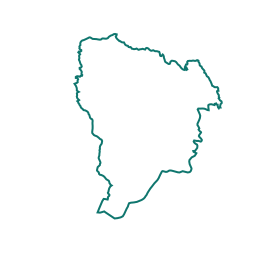 Aiuaba, Ceará, Brazil (Equal Earth projection), rotated 293°
{"feature_id": "56859067B38072225425515", "entity_name": "Aiuaba", "entity_type": "district", "adm_level": 2, "iso_a3": "BRA", "parent_name": "Brazil", "parent_adm1": "Ceará", "projection": "equal_earth", "projection_center": [-40.267, -6.585], "detail": "fine", "context": "isolated", "style": "outline", "palette": "teal", "viewbox_px": 256, "rotation_deg": 293, "n_neighbors": 0, "source": "geoboundaries", "source_scale": "gbopen_adm2", "svg_char_len": 5556}
<svg xmlns="http://www.w3.org/2000/svg" viewBox="0 0 256 256"><g transform="rotate(293 128 128)"><path d="M127.0,199.1L128.5,200.3L130.6,200.7L131.5,200.8L131.7,197.7L132.3,197.1L133.3,198.7L136.7,199.5L138.7,198.9L139.7,198.0L139.8,196.8L140.2,195.3L140.6,194.5L141.3,193.7L142.4,193.8L143.0,196.6L143.6,197.6L143.9,200.3L144.5,200.7L145.8,200.7L146.7,199.5L147.7,197.2L148.3,196.4L149.3,196.3L152.4,197.0L152.9,196.5L153.1,195.3L154.1,193.6L155.5,193.8L156.9,192.2L157.8,190.8L159.1,190.3L162.9,190.4L165.3,190.3L167.5,189.7L168.8,188.6L172.3,184.9L173.3,185.1L175.2,189.4L175.6,190.7L175.7,191.7L175.6,194.2L175.9,195.3L177.1,194.7L177.8,194.2L178.7,193.8L180.3,193.0L181.1,193.4L181.8,194.2L182.4,195.3L182.9,198.6L184.1,198.4L185.0,199.5L184.2,200.2L184.5,201.4L183.8,201.7L182.2,202.8L181.6,203.9L182.5,204.0L183.0,205.1L183.7,204.4L184.9,204.1L186.1,203.9L187.6,204.5L188.5,204.1L189.1,203.5L189.4,201.9L190.1,200.9L190.7,199.9L191.6,200.2L192.1,199.4L192.8,199.2L193.8,198.7L194.6,197.4L195.6,196.3L196.3,195.7L197.0,195.7L197.6,196.7L198.6,196.0L199.8,195.5L200.5,194.3L199.8,192.8L199.4,191.6L199.8,190.4L199.8,189.0L200.5,188.4L201.1,187.9L201.9,187.1L202.9,186.1L203.5,185.4L203.9,184.7L204.5,184.0L205.1,183.5L205.7,182.7L206.2,182.0L206.3,181.0L206.6,180.2L207.3,179.5L208.1,178.7L208.7,177.9L208.8,176.5L209.8,176.3L210.5,176.0L211.1,175.0L211.4,174.2L212.0,172.9L212.8,172.1L213.3,171.6L213.3,170.5L214.0,169.3L215.0,168.9L215.9,168.0L216.7,166.7L217.5,166.5L217.6,165.6L217.1,164.7L216.4,164.3L215.9,163.3L215.5,161.5L214.7,160.4L213.8,158.2L213.0,156.9L211.8,156.7L210.6,157.6L209.7,157.7L209.2,156.6L207.1,156.6L206.5,158.1L205.1,159.7L204.1,158.9L204.8,157.2L204.1,157.5L203.4,157.1L203.4,155.7L203.6,154.7L204.4,152.8L205.0,152.1L205.6,150.9L206.0,149.2L207.5,146.6L207.8,145.1L207.5,143.7L207.1,142.1L206.1,141.4L205.4,141.2L204.7,141.4L203.3,141.3L202.8,140.3L203.4,136.6L204.2,135.7L205.1,135.1L206.7,133.6L207.7,133.1L208.8,132.1L209.2,131.2L208.3,130.9L207.3,130.7L207.0,129.7L207.6,129.0L208.3,128.6L209.3,127.9L210.3,127.0L210.1,125.7L210.0,124.7L209.3,122.9L209.4,120.8L208.3,119.5L208.1,118.6L208.5,116.9L209.1,115.8L209.1,114.1L208.5,113.4L206.9,113.1L206.6,110.5L205.8,109.5L205.0,108.1L204.2,107.4L204.2,106.2L204.5,104.9L203.6,103.9L202.9,102.7L202.7,101.4L202.5,100.5L203.2,99.6L203.5,98.7L203.0,98.0L202.8,96.9L203.6,95.8L203.3,94.3L203.6,92.9L204.4,91.8L205.2,90.9L204.7,89.6L204.5,88.5L204.9,87.0L204.6,86.1L205.1,85.2L205.3,84.2L205.9,82.9L206.6,81.7L207.6,80.9L208.5,81.3L209.8,81.0L209.5,79.3L208.6,78.0L207.7,77.6L207.1,76.9L206.4,76.1L205.4,75.4L204.3,74.7L203.0,74.4L202.0,73.5L201.4,72.4L200.9,70.7L200.5,69.6L200.0,69.1L199.2,68.8L198.4,67.8L198.0,66.5L197.7,65.2L197.4,63.9L196.9,62.6L196.2,60.6L196.4,59.3L196.6,58.1L196.3,57.0L195.3,56.2L194.6,55.6L193.7,54.8L193.0,54.2L192.3,53.5L191.5,52.8L190.8,51.8L190.0,51.3L188.9,50.9L187.8,50.9L186.7,51.2L185.8,51.8L184.8,51.5L183.7,51.5L183.1,52.1L182.2,52.2L181.6,53.2L181.5,54.5L180.7,54.9L179.6,54.3L179.2,52.9L178.2,52.7L177.8,53.7L177.2,55.1L176.1,54.8L175.2,54.8L174.3,55.4L173.6,55.8L172.8,56.1L172.1,56.0L171.4,56.4L170.8,57.2L169.9,58.0L168.9,58.8L168.1,59.7L167.7,60.5L166.4,61.4L165.3,61.1L164.5,60.0L163.5,60.4L163.1,61.4L162.4,62.6L161.5,63.6L160.3,63.8L159.4,64.2L158.9,65.2L158.0,65.2L157.4,63.9L156.4,63.7L156.2,62.7L156.1,61.6L155.4,60.5L154.6,60.0L153.7,60.4L154.2,61.8L153.3,63.1L152.3,63.0L151.5,63.2L150.5,63.8L149.7,63.4L148.8,62.5L147.8,61.5L147.1,62.5L146.5,63.5L145.8,64.2L145.0,65.0L144.2,65.5L143.4,65.9L142.6,66.2L142.2,67.0L142.0,68.5L141.0,67.6L139.9,67.4L139.0,68.0L138.0,68.5L137.1,68.5L135.9,69.4L135.2,70.4L134.6,72.1L133.8,71.6L132.9,70.9L132.4,72.0L131.4,72.8L130.9,73.9L130.0,74.7L129.6,75.7L128.8,76.3L128.2,77.2L127.8,78.8L127.1,80.1L127.5,81.7L127.4,83.3L127.1,84.6L126.4,85.6L125.4,86.3L125.0,87.2L123.8,88.2L122.7,89.0L122.1,90.2L122.0,91.6L121.2,92.4L120.1,92.9L119.1,93.2L117.7,93.8L117.0,94.2L115.9,94.7L115.0,95.1L114.2,95.4L113.5,95.7L112.3,96.0L111.4,96.3L110.3,96.6L109.3,97.2L108.8,98.2L108.2,99.4L108.1,100.7L108.2,102.0L108.1,103.2L107.8,104.1L107.5,105.2L107.0,106.4L106.9,108.2L105.9,109.3L104.9,109.5L104.2,109.7L103.3,109.9L102.0,109.6L100.8,109.4L99.8,109.5L99.0,109.7L97.6,110.4L96.4,110.4L95.7,111.0L94.8,111.3L93.7,111.6L92.9,111.8L91.8,112.3L90.8,112.4L89.5,112.5L88.6,112.9L87.5,114.1L86.0,115.7L85.1,116.3L84.0,116.2L82.9,116.6L82.1,116.3L81.4,116.0L80.7,115.6L80.0,115.4L78.9,115.6L77.7,115.8L76.9,116.0L76.3,116.8L76.0,118.0L75.3,118.8L74.5,119.2L74.0,120.5L74.3,121.7L74.3,122.8L74.2,124.2L73.6,125.8L72.9,127.0L72.3,128.2L72.1,129.8L71.9,130.9L71.2,131.7L70.0,132.5L69.5,133.4L68.9,134.1L68.7,135.4L67.4,134.6L66.1,134.4L65.0,134.3L62.9,134.6L61.6,134.9L60.5,134.8L59.9,135.4L59.6,136.4L59.1,137.1L58.3,137.2L57.6,136.9L56.9,136.6L56.0,136.7L55.2,137.1L54.2,137.2L53.6,134.5L53.2,133.3L50.6,132.9L43.1,132.9L38.4,133.0L39.0,134.9L39.4,135.7L41.9,138.7L41.6,139.9L39.5,151.0L40.9,153.5L42.9,156.2L44.7,157.7L47.1,158.1L53.2,158.3L55.7,158.6L57.1,158.4L59.2,158.4L60.4,159.9L61.8,162.5L63.5,165.1L66.7,168.3L67.4,168.9L69.0,170.0L70.9,170.7L71.7,170.7L73.3,171.2L76.4,171.4L79.9,172.0L81.0,172.2L83.5,172.9L87.4,173.9L91.4,175.4L93.7,175.8L97.4,175.9L101.2,176.2L101.9,176.8L102.4,180.1L103.2,181.3L104.8,182.5L105.3,183.2L105.7,184.3L106.0,186.0L106.7,191.2L107.2,192.8L108.1,193.7L109.6,195.2L110.4,200.3L111.2,201.6L112.0,202.3L113.1,202.6L114.7,202.5L115.7,202.2L118.8,198.9L121.0,197.5L122.5,197.1L124.2,197.6L126.0,198.2L127.0,199.1Z" fill="none" stroke="#0f766e" stroke-width="2"/></g></svg>